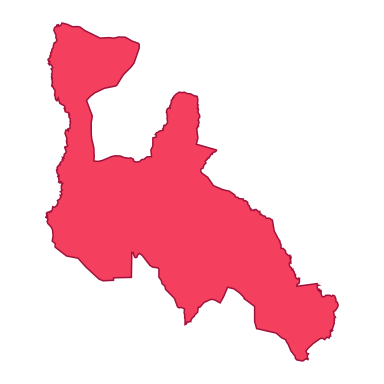 outline of Sai Mun, Yasothon, Thailand
{"feature_id": "78962969B82059554981356", "entity_name": "Sai Mun", "entity_type": "district", "adm_level": 2, "iso_a3": "THA", "parent_name": "Thailand", "parent_adm1": "Yasothon", "projection": "equal_earth", "projection_center": [104.191, 15.992], "detail": "fine", "context": "isolated", "style": "filled", "palette": "rose", "viewbox_px": 384, "rotation_deg": 0, "n_neighbors": 0, "source": "geoboundaries", "source_scale": "gbopen_adm2", "svg_char_len": 5842}
<svg xmlns="http://www.w3.org/2000/svg" viewBox="0 0 384 384"><path d="M62.0,23.0L61.2,24.7L59.7,26.0L59.0,25.5L58.3,26.1L58.4,24.7L56.9,25.0L56.4,26.6L55.2,27.0L54.2,28.5L53.9,30.5L56.0,35.1L55.9,37.9L57.0,40.2L55.4,42.7L54.3,42.7L53.3,45.8L53.3,47.5L51.9,49.3L51.7,51.9L51.2,51.9L50.6,53.3L50.8,55.9L50.0,55.9L50.1,57.4L48.0,59.4L48.5,61.0L49.1,60.8L49.7,61.6L48.8,61.6L49.3,63.3L48.5,63.7L49.7,65.0L50.3,64.3L51.3,64.8L52.8,67.9L51.2,68.8L52.3,70.8L52.1,73.1L51.5,74.1L52.0,75.5L51.4,76.8L51.9,77.4L51.7,78.5L52.3,78.3L52.1,81.4L52.6,81.8L52.0,83.5L52.3,84.9L51.6,85.5L52.3,86.7L52.9,86.6L53.8,88.9L54.8,89.8L55.0,92.2L54.5,95.0L55.0,95.5L55.6,99.5L57.0,100.8L57.8,100.0L57.6,99.0L58.1,99.1L58.3,98.4L59.3,101.8L60.0,102.5L59.9,103.4L64.5,105.9L65.0,107.9L64.2,108.3L65.1,109.3L64.7,109.7L65.2,111.7L69.0,113.0L68.8,114.4L69.4,114.6L69.6,115.4L69.0,115.6L68.9,116.9L70.1,118.5L70.4,121.2L70.0,121.6L70.6,122.9L69.9,124.4L70.2,128.0L68.8,128.5L68.3,130.7L67.6,129.3L67.1,130.1L65.8,130.1L65.0,133.4L66.9,138.4L66.4,141.2L67.1,141.8L66.6,142.5L66.8,143.6L67.6,145.4L67.4,146.5L66.2,146.5L65.7,147.3L65.1,146.8L64.7,147.5L66.3,151.6L65.1,153.7L64.3,154.0L64.1,156.1L63.4,157.2L63.7,157.9L62.4,157.5L62.9,159.3L62.3,159.6L62.9,160.3L60.4,162.4L60.4,163.7L59.7,164.0L60.0,165.1L58.6,165.3L57.1,167.5L57.4,169.1L56.5,169.8L57.3,173.5L58.6,174.4L57.8,176.3L59.0,176.2L58.4,178.0L58.9,178.6L58.9,181.1L59.4,181.6L58.7,182.2L59.5,182.7L59.6,182.0L60.9,181.7L60.8,182.7L61.8,182.5L61.9,184.1L62.5,184.0L61.3,185.8L61.5,189.4L62.3,190.1L60.4,191.7L61.2,192.0L61.9,194.4L61.3,195.6L60.3,195.1L60.6,197.4L59.6,199.2L57.4,200.5L58.1,203.1L57.2,204.1L57.1,205.3L54.6,207.3L52.7,206.7L52.3,209.6L51.2,211.6L50.3,211.1L49.6,212.6L48.3,211.9L46.4,213.1L46.6,214.1L47.5,214.4L47.5,216.8L46.6,215.7L45.8,217.3L47.6,218.4L47.9,219.8L47.1,221.4L47.9,223.6L51.1,226.9L52.5,229.8L53.1,235.7L52.2,241.1L55.2,243.6L55.1,247.1L66.5,256.0L78.1,258.2L85.5,266.6L98.9,279.0L103.0,280.8L113.5,280.3L113.6,277.8L131.4,277.4L131.8,252.5L133.0,252.5L134.6,257.1L135.7,257.7L136.8,257.3L137.5,255.2L139.3,253.4L142.2,255.3L150.0,265.5L152.9,267.2L157.7,267.8L158.9,268.9L158.9,277.2L161.1,280.1L162.1,283.8L164.8,286.0L165.5,289.3L174.4,298.3L177.5,306.8L178.9,307.8L181.4,307.5L184.5,308.8L184.1,312.5L184.7,315.3L184.6,318.0L185.1,319.0L185.0,324.6L186.2,324.1L186.9,322.0L187.7,322.5L189.9,321.4L190.8,321.6L190.8,320.7L192.3,317.8L194.1,316.5L194.7,315.1L197.7,312.1L198.2,307.3L199.8,307.3L204.0,302.5L211.0,299.3L214.4,299.8L220.1,302.9L223.3,297.3L227.6,287.3L233.7,288.7L239.1,292.5L243.1,296.4L244.3,298.0L244.1,298.6L254.6,306.4L254.6,321.3L256.6,328.6L276.2,333.1L281.7,337.8L285.7,339.7L286.3,341.5L288.3,344.5L290.9,350.9L295.3,356.5L295.3,358.2L296.8,359.9L302.7,361.0L306.0,358.8L307.9,359.6L308.2,358.8L307.5,358.0L307.2,355.8L308.4,353.7L307.0,353.6L305.9,351.2L308.3,348.1L312.7,343.9L320.1,338.6L322.7,338.3L324.7,339.6L326.8,337.2L329.1,338.0L329.8,336.0L330.6,336.1L330.4,330.4L331.4,329.8L330.9,330.9L331.3,331.4L332.7,330.5L332.1,329.8L334.3,323.1L334.0,321.2L334.6,320.0L334.2,318.2L335.5,317.4L334.0,315.1L333.6,311.3L335.0,310.9L336.1,309.5L337.5,307.3L338.2,305.1L337.3,302.2L336.1,301.9L335.9,299.1L334.7,296.0L332.9,295.2L332.2,296.0L331.1,296.1L329.9,295.3L325.8,295.3L324.2,296.9L322.1,296.5L321.1,293.9L321.1,290.5L320.6,290.4L320.1,291.9L319.4,291.4L319.5,289.4L318.8,289.2L318.5,290.4L318.0,290.1L317.1,286.8L317.3,285.7L318.6,285.3L317.7,285.1L317.1,283.6L296.9,286.3L297.2,284.2L298.7,283.7L299.4,282.1L299.5,278.3L298.5,278.2L298.4,279.0L296.4,278.5L295.0,275.7L295.6,274.7L294.7,274.1L294.1,271.7L293.0,270.5L292.9,269.3L291.9,269.8L291.4,267.7L290.3,267.2L289.3,265.2L289.5,262.6L290.8,263.1L290.7,259.9L290.1,259.7L290.3,258.3L291.2,257.9L290.8,256.5L290.0,257.1L289.9,255.3L288.4,255.5L286.2,253.4L285.5,252.6L285.7,251.4L285.1,250.3L283.1,248.4L281.1,248.4L280.9,244.2L279.9,242.4L280.0,241.2L278.1,238.5L274.2,230.9L272.4,220.1L269.1,218.1L266.4,218.4L264.9,216.1L263.5,216.0L261.4,214.9L261.3,214.3L260.2,214.4L259.8,211.4L258.6,211.7L256.0,209.4L254.6,209.7L253.9,210.6L253.4,210.0L251.1,210.3L250.9,208.6L250.2,208.7L249.2,205.7L247.9,204.7L247.6,202.2L245.6,200.7L244.1,200.9L243.5,200.3L243.4,199.0L238.9,198.6L237.9,197.4L235.5,197.0L234.6,194.8L229.4,191.2L222.9,189.7L213.5,185.7L207.7,177.3L202.3,173.5L200.6,171.2L201.0,168.9L202.9,168.3L204.1,164.7L205.6,163.5L205.9,162.6L205.3,161.8L205.6,160.4L207.0,159.7L208.0,158.0L208.8,158.1L211.4,153.8L212.3,154.2L213.0,152.5L215.9,151.5L216.5,150.0L196.3,144.2L197.9,138.1L196.7,128.5L197.7,127.6L197.4,126.5L198.6,126.0L198.2,124.6L199.0,123.0L198.8,121.0L198.1,120.6L199.0,117.8L199.7,117.4L199.6,115.3L197.9,112.1L198.5,109.7L197.4,108.5L198.2,108.0L197.4,106.7L198.3,105.1L197.5,104.4L197.8,99.5L197.1,96.3L193.9,95.7L191.0,94.0L186.6,93.4L184.2,92.1L183.0,92.6L179.1,92.2L175.9,94.3L173.9,96.4L173.6,97.8L172.9,97.7L172.3,99.4L171.4,100.1L171.1,103.4L169.7,106.4L170.4,107.4L170.1,108.4L168.8,107.9L167.6,108.6L166.6,110.6L166.4,112.6L167.0,113.3L167.1,115.8L167.6,116.7L167.0,117.9L167.6,122.4L166.2,124.6L164.9,125.7L164.2,125.2L163.7,125.8L163.4,128.4L162.7,128.9L163.1,130.3L159.0,131.2L157.6,132.6L156.5,132.7L155.2,134.6L156.3,135.2L156.2,137.1L152.9,137.8L152.8,146.1L150.9,149.9L151.5,156.7L147.0,156.8L143.8,159.4L141.6,159.6L139.7,161.5L136.5,162.1L133.8,161.3L133.4,159.3L131.0,157.9L128.7,158.2L124.4,157.6L120.1,156.0L114.8,155.8L111.0,156.8L102.5,160.4L98.2,161.4L93.8,161.0L94.2,156.7L93.8,147.6L91.7,138.7L91.3,134.2L91.2,123.0L92.3,116.0L86.5,100.5L90.2,96.4L95.0,92.7L104.3,88.3L115.7,86.0L116.9,85.1L123.3,74.8L131.5,66.5L134.1,62.9L139.2,48.1L139.2,44.3L138.5,43.4L132.2,41.1L125.3,37.2L118.5,37.0L113.9,38.2L109.3,37.6L100.1,38.1L84.5,30.4L80.3,27.2L78.2,26.6L72.5,26.7L67.5,24.4L62.0,23.0Z" fill="#f43f5e" stroke="#9f1239" stroke-width="1.5"/></svg>